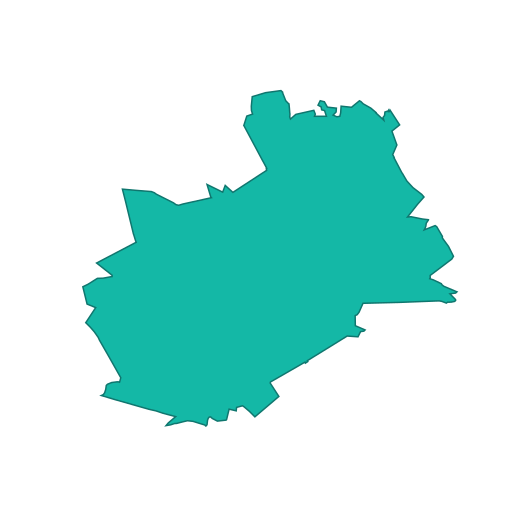 Harare, Harare, Zimbabwe (Mercator projection), rotated 343°
{"feature_id": "62879985B33947363062254", "entity_name": "Harare", "entity_type": "district", "adm_level": 2, "iso_a3": "ZWE", "parent_name": "Zimbabwe", "parent_adm1": "Harare", "projection": "mercator", "projection_center": [31.083, -17.799], "detail": "fine", "context": "isolated", "style": "filled", "palette": "teal", "viewbox_px": 512, "rotation_deg": 343, "n_neighbors": 0, "source": "geoboundaries", "source_scale": "gbopen_adm2", "svg_char_len": 3063}
<svg xmlns="http://www.w3.org/2000/svg" viewBox="0 0 512 512"><g transform="rotate(343 256 256)"><path d="M424.3,356.7L425.6,356.2L429.3,357.2L432.7,357.5L433.9,356.9L434.1,356.0L430.4,348.9L436.1,349.8L437.7,349.0L437.3,348.7L426.7,339.8L425.5,338.0L425.1,336.6L418.4,330.5L415.5,328.5L416.3,327.7L416.5,326.7L416.9,325.5L442.3,316.2L442.7,315.9L443.2,315.4L444.7,314.1L444.6,313.9L444.7,313.7L442.9,303.1L440.7,296.8L439.6,293.5L439.6,292.6L440.0,291.8L437.4,280.8L436.2,279.3L424.5,280.2L425.7,279.0L427.1,277.2L428.4,274.4L431.0,272.3L431.3,272.1L431.5,271.7L426.0,269.3L415.8,263.8L412.3,263.0L425.6,253.8L433.9,248.7L432.5,245.5L426.1,236.5L422.2,228.4L420.6,221.7L420.4,220.7L419.8,218.8L416.9,203.4L416.6,202.5L417.0,202.2L416.4,199.0L423.2,191.0L423.1,189.5L422.5,176.3L431.7,172.6L431.4,171.6L426.9,155.9L426.5,156.7L425.5,156.9L425.5,155.3L424.3,156.3L423.9,155.9L421.4,156.0L420.0,159.2L418.0,160.6L417.9,163.5L412.5,154.2L412.8,154.0L409.1,148.2L403.0,141.8L401.5,139.0L400.3,137.8L390.8,141.7L381.2,137.6L378.8,143.9L377.0,146.9L374.0,146.5L370.9,143.8L374.7,141.7L376.1,138.1L367.8,134.5L366.5,128.5L362.8,126.3L359.4,129.9L361.9,132.5L361.5,135.4L364.1,137.0L364.2,143.0L352.8,139.5L354.2,137.7L353.9,133.6L335.5,132.2L329.0,135.1L329.0,134.8L329.0,134.7L328.9,133.5L328.9,133.3L328.9,133.1L329.0,133.0L329.0,132.9L329.0,132.6L329.0,132.4L329.2,132.2L330.0,130.0L330.1,129.3L330.1,129.1L331.1,124.7L332.0,120.2L331.8,120.1L329.8,116.1L329.8,115.8L329.1,107.1L329.3,107.0L328.2,105.1L312.9,102.6L299.0,102.5L295.3,111.4L294.2,115.5L294.2,119.3L288.1,119.5L282.8,127.2L282.5,127.5L290.2,166.8L290.5,168.1L291.9,175.3L291.4,175.4L291.2,177.2L252.5,188.4L247.2,179.5L242.8,185.2L230.1,173.3L230.0,186.3L230.4,187.2L201.2,184.9L199.2,184.9L196.9,184.9L194.5,183.5L192.6,181.0L178.8,167.8L177.3,165.8L174.8,163.8L160.6,158.2L147.8,153.0L147.2,165.7L145.3,198.1L145.2,199.1L145.3,199.6L145.3,205.8L145.4,207.9L144.5,208.0L101.5,216.1L112.8,232.4L112.4,233.6L111.9,233.5L103.3,232.5L97.8,231.0L87.1,233.9L81.4,234.8L80.4,252.6L87.6,258.5L73.7,270.0L76.7,275.6L79.2,281.2L81.3,287.7L81.7,290.8L86.0,309.7L91.1,332.9L89.4,335.6L88.6,336.8L87.4,336.0L85.7,335.6L81.0,334.8L76.5,335.2L75.0,336.0L73.3,339.6L71.3,342.5L69.5,343.9L67.3,344.2L78.7,351.8L109.3,371.6L109.8,371.8L110.2,372.1L115.1,374.9L120.7,378.9L121.1,379.2L132.2,386.1L123.3,390.0L120.4,391.9L125.0,392.5L129.2,392.4L131.0,392.9L137.9,393.2L142.3,393.5L147.4,395.7L151.2,398.3L157.7,402.7L158.1,403.8L158.9,403.8L159.9,402.9L161.6,399.0L162.8,397.3L164.1,396.4L164.5,396.4L165.6,396.6L165.7,396.9L166.7,398.6L170.8,402.6L179.4,404.2L180.0,403.9L185.5,394.6L191.8,398.3L192.6,396.4L193.2,395.1L199.3,395.3L200.6,396.9L204.3,402.7L207.9,409.5L236.8,397.0L232.4,381.6L233.0,380.7L271.8,371.8L271.9,372.9L274.7,372.1L274.5,371.1L319.8,359.2L329.9,363.1L333.9,358.9L337.2,359.4L338.7,358.6L330.6,351.7L333.4,342.0L335.6,341.7L338.1,339.9L344.5,332.5L371.4,340.0L375.0,341.0L378.9,342.1L414.1,351.4L418.1,352.5L420.4,353.7L424.3,356.7Z" fill="#14b8a6" stroke="#0f766e" stroke-width="1.5"/></g></svg>